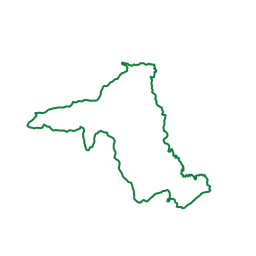 the district of Esparza, Puntarenas, Costa Rica, rotated 287°
{"feature_id": "36466004B94446731774240", "entity_name": "Esparza", "entity_type": "district", "adm_level": 2, "iso_a3": "CRI", "parent_name": "Costa Rica", "parent_adm1": "Puntarenas", "projection": "orthographic", "projection_center": [-84.661, 9.995], "detail": "fine", "context": "isolated", "style": "outline", "palette": "green", "viewbox_px": 256, "rotation_deg": 287, "n_neighbors": 0, "source": "geoboundaries", "source_scale": "gbopen_adm2", "svg_char_len": 5848}
<svg xmlns="http://www.w3.org/2000/svg" viewBox="0 0 256 256"><g transform="rotate(287 128 128)"><path d="M113.9,185.7L114.2,184.0L113.5,182.5L113.5,182.1L113.9,182.1L115.1,182.7L115.6,182.1L115.5,181.3L115.0,180.8L114.8,180.2L114.9,179.4L115.7,179.1L116.9,179.0L120.0,176.7L120.6,176.1L120.6,175.7L120.4,175.5L118.0,175.4L117.7,175.1L117.4,174.6L117.4,173.9L117.6,173.4L120.6,173.2L122.3,172.9L123.2,172.4L123.9,171.4L124.3,170.6L124.2,167.7L126.0,166.0L126.9,165.6L127.6,165.6L128.2,165.8L130.1,167.5L131.6,168.0L132.9,167.9L133.9,167.3L134.8,166.2L135.7,164.7L135.5,163.5L135.6,163.3L137.2,162.7L138.7,161.7L142.1,161.7L144.0,161.2L145.2,160.6L148.8,160.6L151.1,160.2L151.3,159.9L151.3,159.4L150.8,157.9L150.8,157.0L151.1,156.6L151.7,156.5L153.1,157.0L153.5,157.0L153.9,156.8L154.9,155.7L155.7,155.2L156.0,154.8L157.3,154.4L157.5,153.9L157.5,152.7L158.0,151.6L158.1,150.1L159.0,148.7L160.5,147.6L161.0,147.9L161.7,147.6L162.9,146.6L163.1,145.9L163.7,145.6L164.3,145.4L164.5,145.6L166.5,145.3L167.2,145.0L168.2,143.8L168.8,141.5L169.2,140.8L169.6,140.5L171.3,140.6L171.7,140.4L172.9,139.1L175.2,138.8L176.4,137.9L177.8,137.2L180.5,137.1L181.3,136.7L181.6,136.2L182.1,135.6L183.4,134.9L183.4,136.5L183.6,137.0L184.0,137.2L184.3,137.9L187.2,137.7L188.8,136.9L189.2,136.9L189.9,138.3L190.9,138.3L191.6,137.8L192.0,136.6L192.4,135.8L193.3,136.4L194.2,135.4L196.0,134.9L196.2,134.7L196.2,133.9L195.8,133.3L195.8,132.1L195.2,130.7L195.8,130.3L195.4,129.5L195.2,128.4L195.0,128.2L194.2,127.7L193.7,127.0L193.7,126.3L194.4,124.5L194.4,123.4L193.7,121.7L193.7,121.4L193.4,120.7L192.0,120.2L191.5,119.5L191.3,118.7L190.3,116.9L190.3,116.4L190.6,115.6L190.5,115.1L190.1,114.6L189.2,114.1L188.6,113.4L188.8,112.1L188.4,111.2L188.4,110.7L189.3,109.1L189.3,108.2L189.0,106.4L188.9,103.6L188.4,103.3L187.8,103.4L187.5,103.6L187.3,104.5L187.2,107.5L186.8,108.7L185.8,109.1L185.5,109.9L183.4,110.0L182.9,110.4L182.4,110.4L181.8,110.0L180.7,108.7L179.4,107.6L178.7,106.2L177.7,105.7L176.8,105.0L172.1,103.8L171.6,103.2L171.4,102.5L170.7,101.2L168.3,99.9L167.3,98.9L166.4,97.7L164.6,97.2L162.2,95.9L161.7,95.1L161.2,93.1L160.7,92.5L159.8,92.1L157.7,92.1L155.1,91.5L154.2,91.5L153.7,91.7L153.5,92.0L151.5,91.9L150.4,92.1L149.1,91.5L147.1,91.2L145.7,90.5L145.3,90.0L144.6,88.8L144.1,87.4L143.8,85.8L143.1,84.5L142.9,82.0L142.6,81.0L142.5,79.4L142.2,78.7L141.7,77.6L140.5,76.9L140.0,76.4L139.4,72.9L138.4,72.2L137.7,71.4L137.0,70.0L136.9,68.0L134.1,67.4L131.5,66.1L130.9,63.4L130.6,62.7L129.7,61.8L129.6,61.4L129.2,61.2L128.9,60.6L128.8,59.9L128.3,59.1L127.6,56.1L127.3,55.8L126.7,54.2L125.9,53.0L125.0,50.9L124.1,49.8L122.4,46.8L121.4,45.9L120.3,45.4L119.3,44.8L117.8,43.0L117.3,41.7L116.6,38.3L116.3,38.0L116.2,37.4L115.2,35.2L114.4,35.6L113.9,36.4L113.3,36.8L112.1,36.8L110.9,35.7L109.5,35.3L106.7,33.7L104.4,31.7L101.1,31.1L100.4,32.0L100.0,33.5L99.9,34.9L100.3,36.5L100.3,37.0L100.0,38.0L101.2,39.9L102.0,42.5L102.1,43.9L103.0,45.7L106.7,46.8L105.9,49.6L105.8,51.3L106.2,52.3L106.2,52.7L104.7,54.7L103.8,56.7L103.8,57.4L104.0,57.9L104.9,59.5L105.1,60.3L105.3,62.2L105.9,64.1L106.0,65.1L106.8,67.4L106.8,68.5L106.4,70.5L106.7,71.0L108.9,72.9L109.1,74.6L109.1,76.7L109.2,77.0L110.1,78.1L110.5,78.8L111.5,79.8L113.1,81.9L113.6,82.3L115.1,82.2L115.1,84.0L114.5,85.6L113.0,86.8L111.4,86.9L110.2,86.6L109.4,86.6L108.8,87.1L107.3,87.4L105.3,88.4L102.5,90.3L101.0,90.4L99.3,91.9L98.0,92.2L97.2,93.3L95.9,93.9L95.2,94.5L94.9,95.2L95.0,96.3L95.3,96.8L95.9,97.1L97.8,97.3L98.5,97.5L99.2,99.2L100.3,99.6L102.4,99.6L103.9,99.9L104.7,99.9L106.0,99.6L107.7,98.8L109.2,98.7L111.9,98.6L112.7,98.8L113.3,99.1L113.8,99.9L113.9,100.5L115.8,100.9L116.1,101.3L116.4,102.2L117.3,102.5L117.0,105.8L117.0,107.9L117.4,108.9L117.4,109.4L115.7,110.3L114.9,111.0L114.2,116.2L113.1,118.0L112.0,118.9L111.0,119.3L109.7,119.3L108.6,119.1L105.1,120.0L103.9,120.6L102.5,121.7L101.7,122.8L100.6,123.4L99.4,123.6L95.9,123.5L94.7,125.5L94.2,127.7L93.9,128.3L92.7,129.9L92.0,130.3L87.7,130.9L86.1,131.5L82.6,135.7L80.4,137.0L79.9,137.6L77.5,142.6L76.7,143.7L76.5,144.2L76.5,147.1L74.0,149.0L71.7,150.2L69.9,151.8L67.6,152.6L65.1,153.8L62.8,154.4L62.2,154.7L61.2,156.1L60.2,158.4L59.8,160.3L60.4,161.2L60.4,161.9L63.3,163.4L63.6,163.9L63.7,164.9L63.1,166.9L63.2,167.4L63.7,168.1L67.6,170.1L69.4,171.5L71.5,172.5L73.1,173.6L76.1,178.5L77.7,179.6L78.2,180.5L78.9,182.1L80.3,183.9L79.7,185.3L78.5,186.6L75.7,187.8L73.7,188.3L72.7,188.0L71.7,187.0L69.6,187.0L69.4,187.4L69.4,187.9L69.7,188.4L70.5,188.7L72.8,189.1L72.8,189.6L73.3,191.8L73.3,193.0L73.0,193.6L71.7,194.2L70.9,194.8L70.4,196.0L70.4,196.6L70.1,197.1L69.1,197.5L67.1,197.6L67.0,199.0L68.0,201.9L67.9,202.6L67.4,202.9L67.2,203.2L67.4,204.1L68.2,205.4L68.6,205.7L72.2,207.9L73.1,208.7L73.3,209.2L74.6,210.2L80.9,213.8L83.7,215.8L85.1,216.7L87.0,217.5L88.3,219.3L89.9,222.0L90.6,223.9L91.6,224.3L91.9,224.7L92.5,224.9L93.7,223.5L94.8,223.6L95.7,223.8L96.0,223.7L96.5,222.6L96.6,220.9L96.9,220.5L97.6,220.0L99.1,219.9L99.5,219.5L100.2,219.3L101.4,219.4L101.8,219.2L104.3,216.2L104.3,215.6L105.3,215.2L105.3,214.8L104.5,213.8L105.1,213.1L105.0,212.3L104.5,211.7L104.4,210.4L103.4,209.7L103.3,209.0L102.6,207.8L102.6,207.2L102.1,207.1L101.8,208.0L101.7,207.2L101.4,206.9L101.2,206.9L100.1,207.8L99.6,208.0L99.1,207.9L98.5,207.3L98.6,206.9L98.9,206.5L100.3,205.7L100.6,205.3L101.2,204.3L101.3,203.5L101.8,203.1L102.0,202.4L101.5,201.8L100.5,201.4L101.3,200.4L101.2,200.0L100.9,199.8L99.5,199.7L99.5,199.2L100.0,198.1L100.0,197.5L99.9,197.4L98.3,197.4L98.2,197.3L98.1,197.0L98.3,196.6L98.4,195.9L97.7,195.0L99.3,194.1L99.3,193.0L100.0,192.1L101.2,192.1L102.7,192.5L103.0,191.7L104.2,191.9L104.2,192.4L103.6,193.0L103.7,193.4L104.1,193.4L104.6,192.9L106.1,192.8L106.6,192.0L107.3,192.1L107.7,191.9L109.0,189.8L110.5,188.7L110.9,188.3L111.1,187.9L111.1,187.4L111.4,186.8L112.8,185.7L113.9,185.7Z" fill="none" stroke="#15803d" stroke-width="2"/></g></svg>